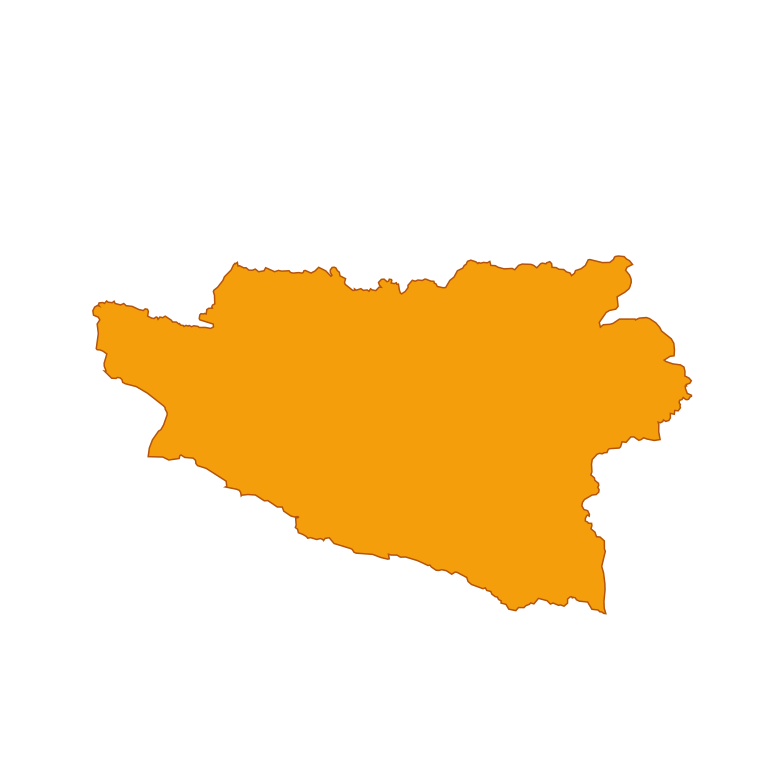 Moramanga, Alaotra-Mangoro, Madagascar (Albers equal-area conic projection), rotated 285°
{"feature_id": "10022922B82658288648411", "entity_name": "Moramanga", "entity_type": "district", "adm_level": 2, "iso_a3": "MDG", "parent_name": "Madagascar", "parent_adm1": "Alaotra-Mangoro", "projection": "albers", "projection_center": [48.208, -18.729], "detail": "fine", "context": "isolated", "style": "filled", "palette": "amber", "viewbox_px": 768, "rotation_deg": 285, "n_neighbors": 0, "source": "geoboundaries", "source_scale": "gbopen_adm2", "svg_char_len": 6142}
<svg xmlns="http://www.w3.org/2000/svg" viewBox="0 0 768 768"><g transform="rotate(285 384 384)"><path d="M216.9,597.6L214.5,601.7L216.2,604.0L215.4,609.8L216.3,611.6L216.0,615.4L219.8,618.0L223.8,617.0L226.5,618.9L227.1,620.3L226.1,621.2L227.0,622.4L226.9,624.2L225.4,625.7L224.8,628.9L226.1,637.1L220.2,643.1L221.1,649.2L219.8,651.5L220.2,653.1L219.3,655.7L219.6,657.7L224.5,654.7L231.0,652.7L242.3,650.8L248.4,649.0L258.5,644.9L264.2,641.5L279.7,641.1L281.7,639.6L289.5,637.4L292.1,632.3L291.5,628.8L295.5,626.1L297.7,621.4L301.0,621.5L303.1,620.6L302.4,617.4L303.3,616.5L303.8,613.9L306.4,613.3L309.3,613.9L310.1,614.6L309.5,616.4L311.2,616.2L314.3,613.5L314.5,609.6L317.6,606.6L321.0,606.4L324.3,607.5L330.6,613.7L332.1,617.5L335.1,619.4L337.6,619.1L339.7,617.1L341.5,617.7L343.5,616.9L345.6,612.5L347.7,611.6L349.8,607.3L352.9,607.6L360.2,605.2L364.9,604.7L371.3,608.0L372.8,610.1L373.0,612.8L374.4,614.2L375.5,617.1L378.6,617.5L379.8,618.4L383.1,627.9L384.7,628.8L389.8,628.9L390.3,632.9L396.7,636.1L397.6,639.0L395.6,644.6L396.6,646.5L399.3,648.8L398.9,652.0L399.4,659.7L401.8,665.1L409.0,661.7L415.8,660.0L418.1,658.7L418.0,660.9L419.9,663.0L421.6,663.2L420.8,665.9L422.5,668.6L425.4,669.4L429.7,668.2L429.9,672.2L433.7,671.7L434.2,675.1L437.8,676.5L439.3,675.6L441.1,675.5L441.6,674.4L443.3,673.7L444.9,673.9L446.1,675.8L448.4,676.5L447.1,679.5L447.3,680.9L448.2,682.2L450.5,682.9L451.7,684.2L452.7,683.9L453.4,679.4L457.4,676.5L459.9,675.5L460.4,676.8L461.7,676.0L463.9,679.2L466.7,680.0L468.7,677.0L469.6,672.6L474.2,671.4L478.0,669.3L479.2,665.4L478.2,657.8L478.7,650.5L479.6,648.4L484.8,653.2L486.3,656.9L491.9,655.8L498.3,653.4L502.0,649.8L507.0,638.4L510.1,635.6L513.5,630.6L515.9,623.4L516.1,620.2L513.7,613.5L511.0,610.3L511.7,609.7L507.6,594.6L501.9,589.6L500.2,586.9L498.0,580.5L494.9,578.3L499.2,576.0L510.6,580.1L513.4,582.8L516.3,588.5L519.6,590.0L528.6,586.6L535.0,592.9L539.3,595.9L541.5,596.4L546.2,596.5L549.3,595.5L552.8,592.9L556.4,587.9L559.8,588.6L563.8,593.1L566.6,589.3L567.5,585.8L569.2,583.0L568.3,577.3L567.1,574.6L566.2,573.8L563.7,573.4L559.9,570.7L557.8,563.6L557.5,550.6L556.8,549.1L550.6,547.8L546.3,544.5L543.1,539.6L540.2,539.3L537.2,537.1L539.4,535.0L539.5,531.4L541.1,528.0L540.1,523.2L541.0,520.2L540.2,516.1L543.6,514.8L545.1,512.5L543.2,509.8L542.1,509.4L541.7,505.6L540.8,504.2L535.8,501.5L537.3,497.9L537.6,495.0L535.6,486.4L533.4,483.3L528.2,480.7L528.8,477.9L526.3,470.2L526.3,463.9L527.1,460.9L526.2,456.5L529.8,454.5L527.8,452.4L527.2,448.7L525.7,446.1L525.8,444.3L524.7,443.5L525.8,441.2L526.1,435.8L524.1,432.9L520.7,432.3L519.4,430.9L516.3,430.1L512.4,425.6L505.5,424.0L501.1,420.8L493.2,418.6L492.3,416.3L492.0,410.2L494.1,408.4L494.5,406.5L496.1,405.6L495.5,402.6L496.1,397.6L495.9,396.3L493.9,394.2L493.2,389.8L491.4,387.6L491.5,384.5L485.5,381.6L483.4,382.3L478.8,380.5L475.6,377.6L476.3,376.1L478.8,374.5L484.2,372.1L483.6,370.7L485.0,369.7L483.7,368.1L483.4,364.8L486.3,364.7L486.8,364.1L486.6,362.0L484.5,361.7L483.6,360.4L485.3,356.9L484.4,354.4L480.7,352.4L478.4,353.9L476.7,356.3L476.3,354.2L472.1,351.9L471.8,348.2L472.5,346.4L469.7,345.5L470.5,343.4L469.1,339.8L470.1,337.0L467.5,333.0L468.2,330.9L466.9,331.4L466.3,329.6L470.2,320.7L471.8,319.6L475.8,319.6L477.1,313.5L480.4,311.9L481.4,309.7L483.7,307.4L483.9,305.6L483.1,303.7L480.1,302.6L477.8,303.3L475.6,305.6L474.3,304.9L478.2,298.5L479.8,290.7L475.3,288.1L472.3,284.8L473.3,278.5L472.7,277.4L470.7,277.0L469.9,276.0L469.5,272.6L467.6,267.5L467.5,264.9L468.8,263.0L466.5,255.8L466.4,252.7L464.2,249.3L465.7,239.6L462.3,238.8L460.0,233.8L461.7,229.9L459.8,227.4L459.0,224.0L460.6,220.7L459.9,218.5L460.8,213.8L460.2,212.4L463.5,210.9L461.6,209.3L461.9,208.8L460.0,207.8L454.5,206.8L446.2,202.1L442.3,201.6L434.3,198.2L430.4,195.3L429.0,195.3L425.8,197.3L417.6,199.8L415.8,197.9L414.0,197.7L412.9,198.6L411.7,195.0L410.0,193.6L405.6,194.1L405.8,192.6L405.0,191.7L404.5,189.0L403.0,188.2L399.3,188.6L398.3,189.5L397.7,203.5L395.0,204.5L392.8,202.2L392.4,196.7L390.8,191.0L391.5,189.3L391.0,185.2L389.5,183.3L390.1,180.6L389.2,179.9L389.4,177.6L387.8,175.9L388.6,174.9L388.2,172.2L389.4,170.9L388.9,170.1L390.1,167.5L389.2,163.7L390.6,162.0L392.9,155.1L390.8,153.1L390.7,150.2L388.0,149.0L389.6,147.8L389.8,146.6L387.7,144.8L387.5,142.5L388.4,138.1L393.1,137.6L394.9,136.2L394.8,133.9L392.7,132.5L392.5,128.0L393.8,120.8L392.9,114.7L394.4,111.8L392.2,109.1L392.2,103.4L394.1,101.9L392.2,100.4L391.6,96.4L392.4,94.6L389.5,93.1L389.9,91.3L388.6,87.8L386.5,87.7L385.6,88.8L385.9,87.1L383.4,84.6L379.4,83.8L375.3,85.6L374.6,90.7L372.4,92.9L367.7,91.4L358.8,95.0L343.7,96.9L342.9,98.0L343.4,100.9L343.0,104.0L341.3,108.5L331.6,108.3L328.7,109.2L325.1,111.9L324.2,112.1L324.1,110.7L319.1,119.4L320.0,123.6L321.3,124.8L321.6,127.6L320.4,129.7L318.0,131.2L317.3,134.0L317.4,145.3L313.9,157.9L305.9,176.6L304.5,178.7L303.1,179.1L300.2,181.9L298.1,182.5L287.4,181.7L282.1,180.3L280.1,178.4L270.2,174.8L261.4,173.9L252.8,175.0L256.2,189.3L254.9,195.8L259.0,205.4L262.1,205.4L262.9,206.3L261.5,210.6L263.0,218.8L261.5,221.7L258.5,222.9L256.9,225.0L256.5,234.0L249.3,256.7L244.4,258.6L243.5,257.5L244.2,269.0L243.8,271.9L241.8,273.8L239.0,275.0L239.8,275.4L242.0,281.1L243.5,288.5L240.2,298.6L241.3,302.0L237.6,312.7L238.8,317.6L235.2,320.1L232.4,328.2L232.4,331.9L233.6,335.0L233.3,335.8L232.7,335.5L231.5,333.4L224.9,335.7L222.4,335.5L221.3,338.1L218.2,339.8L217.7,344.6L216.5,348.7L215.3,350.2L216.6,352.8L216.4,359.3L218.2,362.4L218.0,365.1L217.1,366.1L219.7,367.2L221.3,370.9L217.0,377.1L216.4,394.3L216.0,396.1L213.7,398.6L213.4,400.9L216.5,417.1L215.6,425.8L215.8,433.0L216.5,434.3L220.7,432.4L220.6,435.0L222.1,440.9L221.0,444.6L222.5,449.7L222.1,461.9L220.1,473.5L220.9,475.3L219.5,477.1L217.6,482.5L218.1,485.2L219.6,487.9L219.8,492.5L217.8,498.7L220.8,501.4L221.0,503.3L218.5,514.0L215.0,516.3L213.0,520.4L211.9,532.7L213.3,534.6L211.2,536.7L211.2,540.8L208.9,542.6L207.4,546.5L207.5,548.6L205.5,550.5L204.9,553.2L202.7,553.8L202.7,558.9L198.8,562.8L199.2,570.0L202.9,571.8L204.2,577.0L206.7,578.5L208.8,581.4L210.5,582.4L210.4,585.7L216.9,588.7L216.9,597.6Z" fill="#f59e0b" stroke="#b45309" stroke-width="1.5"/></g></svg>